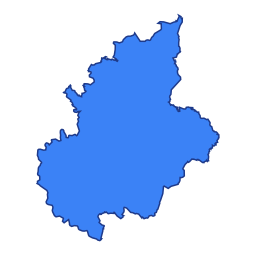 Unión de Tula, Jalisco, Mexico (Albers equal-area conic projection)
{"feature_id": "50627088B89415204754484", "entity_name": "Unión de Tula", "entity_type": "district", "adm_level": 2, "iso_a3": "MEX", "parent_name": "Mexico", "parent_adm1": "Jalisco", "projection": "albers", "projection_center": [-104.245, 20.004], "detail": "fine", "context": "isolated", "style": "filled", "palette": "blue", "viewbox_px": 256, "rotation_deg": 0, "n_neighbors": 0, "source": "geoboundaries", "source_scale": "gbopen_adm2", "svg_char_len": 5761}
<svg xmlns="http://www.w3.org/2000/svg" viewBox="0 0 256 256"><path d="M99.8,240.6L101.0,239.7L101.6,238.8L100.9,238.8L101.2,237.2L102.7,231.4L103.0,228.8L103.6,228.8L103.5,227.2L104.1,226.5L104.1,225.6L102.0,225.0L99.1,222.5L100.0,220.8L97.9,216.7L98.4,215.2L99.8,213.8L100.1,213.7L100.7,214.4L101.4,214.3L102.1,213.4L104.0,212.9L104.6,212.0L105.3,212.5L106.2,212.0L108.2,213.7L110.6,213.2L114.0,213.4L114.0,212.4L114.4,212.4L117.1,216.0L120.8,218.6L123.0,217.0L123.0,215.7L123.5,215.6L122.0,214.6L123.9,211.9L124.1,210.0L123.7,208.8L124.1,207.4L124.7,207.4L126.7,208.1L130.7,212.4L132.8,212.7L135.3,213.9L136.5,213.5L138.7,214.1L141.8,217.9L142.1,217.2L142.6,217.1L144.0,218.7L146.3,217.9L147.4,218.1L148.0,217.8L149.3,215.8L151.6,215.4L152.5,216.0L153.3,216.1L154.6,215.6L155.0,215.0L154.6,213.9L154.8,213.1L156.3,212.4L157.2,209.6L157.8,209.3L159.8,203.2L159.6,202.2L160.5,200.4L162.8,193.6L163.5,186.5L164.2,186.1L168.2,188.4L171.1,186.3L178.1,184.3L178.2,183.3L179.0,182.7L179.9,180.7L180.1,177.5L181.5,177.6L182.9,177.1L184.3,175.9L184.2,170.4L183.1,169.3L182.9,168.6L184.4,165.7L185.2,164.3L187.4,162.2L187.6,161.6L188.4,162.3L189.5,161.7L192.0,159.0L193.1,159.4L193.6,159.1L196.9,160.3L197.2,159.5L198.2,159.5L198.6,160.1L199.2,160.0L202.5,162.5L204.0,162.6L204.2,161.8L206.4,160.9L206.5,160.4L207.3,161.5L207.9,160.9L208.6,160.7L208.1,159.1L208.5,158.3L208.6,156.3L208.0,154.3L208.7,153.7L209.0,151.7L209.6,151.3L209.3,149.4L210.1,148.7L210.9,149.2L210.9,148.3L211.8,148.3L212.4,147.9L212.2,147.1L212.6,146.5L212.5,145.3L213.4,145.9L214.4,145.8L215.3,144.9L215.2,144.1L216.0,144.6L216.0,142.7L217.6,142.3L217.0,140.5L218.3,138.9L218.4,138.0L218.9,137.8L218.8,134.8L217.2,134.4L217.8,133.5L216.4,132.0L214.3,131.7L214.1,131.2L213.9,131.3L212.8,130.4L211.7,126.6L210.4,125.9L209.8,124.7L210.1,122.9L209.7,122.0L207.9,119.2L206.7,119.6L204.0,118.2L201.7,118.4L200.6,118.0L200.2,117.2L200.1,115.7L198.9,113.7L198.6,112.1L197.3,112.3L196.5,111.3L194.9,111.0L194.5,110.8L195.0,110.2L193.2,109.2L192.7,109.2L192.4,109.6L191.5,109.4L190.8,108.0L193.4,107.7L188.8,107.4L188.6,107.1L187.0,107.2L186.2,107.4L185.9,108.6L185.3,109.0L183.5,108.9L179.5,107.3L179.7,111.3L178.7,111.4L178.7,111.1L178.1,111.1L178.0,109.6L177.1,109.7L176.7,108.3L177.5,108.4L177.8,107.8L177.5,107.3L175.9,107.3L175.9,106.9L174.3,106.5L174.4,106.2L173.4,105.1L173.6,104.5L172.8,105.3L171.5,104.7L170.7,105.2L169.3,102.6L168.6,102.1L169.7,101.5L170.0,101.0L169.8,100.1L170.5,99.4L169.6,97.2L169.8,95.9L170.9,94.4L171.3,89.8L180.7,79.5L180.5,77.1L178.3,74.8L177.7,73.6L177.4,71.9L177.5,70.4L178.1,69.4L177.8,67.8L176.2,66.0L176.3,65.4L175.1,63.5L174.6,63.5L175.2,61.8L175.7,61.9L175.7,61.2L174.7,61.0L175.0,60.2L174.0,60.3L173.0,58.0L176.4,57.1L177.4,53.9L177.8,54.0L178.6,53.0L180.0,52.2L180.4,51.4L179.9,51.2L180.0,48.2L179.3,46.5L178.7,46.2L178.7,42.4L179.1,39.4L178.6,38.0L178.6,37.1L179.0,36.7L177.5,33.5L180.1,25.5L182.2,22.1L182.3,18.3L181.5,18.6L180.9,17.2L181.0,16.6L178.8,15.4L179.2,16.2L179.1,16.7L177.1,20.9L176.5,20.8L176.9,21.3L176.6,21.5L173.6,22.2L170.2,23.7L163.7,21.9L160.0,21.7L158.0,23.3L161.2,23.8L161.4,28.9L160.7,29.9L154.7,33.5L153.0,36.3L151.7,37.4L150.4,40.1L149.5,40.4L147.9,39.9L146.2,40.2L145.1,41.3L140.2,41.3L134.7,33.0L134.2,34.4L133.5,35.1L130.5,36.2L128.1,36.2L126.2,36.9L123.4,39.6L122.6,41.5L122.0,42.0L119.3,42.9L116.8,42.0L113.9,41.9L113.6,42.2L113.4,43.3L115.3,45.2L115.2,49.6L114.3,55.2L113.1,57.0L116.1,58.9L116.6,59.9L117.7,60.4L117.5,61.0L117.1,60.6L116.6,61.0L114.9,59.8L114.2,60.3L112.1,59.1L111.4,59.9L108.8,59.1L107.8,59.7L107.3,59.4L107.7,57.8L106.6,59.5L104.6,58.4L106.2,56.8L105.5,56.6L103.1,58.2L101.7,58.0L101.6,59.1L101.9,59.4L100.9,61.2L101.4,61.6L100.6,62.5L95.5,63.7L94.5,64.8L92.6,65.1L91.4,64.5L88.6,68.9L88.8,70.3L88.2,70.5L88.7,71.1L88.6,71.6L90.8,71.8L91.1,72.5L91.0,73.3L89.3,75.1L89.5,76.8L93.1,78.2L94.1,80.0L94.2,81.9L90.5,84.8L87.9,83.9L84.5,83.7L84.0,84.0L84.3,84.7L83.1,85.4L83.8,86.3L84.4,86.5L83.8,87.0L84.4,88.4L84.6,90.2L85.6,90.7L85.9,91.5L83.7,93.1L82.0,93.4L82.2,94.1L81.5,95.7L81.6,96.7L80.3,96.4L79.4,95.4L79.1,95.8L78.3,95.8L77.8,95.2L77.9,94.9L77.2,94.7L76.9,93.7L75.0,91.9L75.0,91.1L74.0,90.4L72.3,90.4L70.6,87.3L70.8,85.7L70.3,85.1L69.6,86.1L68.8,86.5L68.8,87.7L66.7,88.6L66.2,89.2L64.9,92.2L64.1,92.1L63.6,92.5L64.1,92.9L65.9,93.1L67.0,94.1L66.5,96.5L66.9,97.1L70.8,99.9L71.0,100.5L70.5,101.2L72.1,102.4L72.6,103.5L72.5,104.0L72.9,104.6L72.2,104.8L73.3,106.3L74.2,106.5L76.5,108.6L76.6,109.4L76.2,109.9L74.8,109.4L73.8,109.8L73.7,111.1L74.5,112.0L76.4,112.4L77.6,112.0L77.7,111.5L80.2,111.3L78.7,112.9L77.8,115.4L79.1,117.5L77.8,119.0L78.5,121.3L77.2,124.2L79.4,131.0L77.1,135.4L76.6,135.7L75.3,134.5L74.6,134.5L72.2,135.6L69.2,135.3L68.8,135.6L68.4,137.3L68.0,137.8L66.2,137.4L66.0,135.4L63.9,131.8L63.8,130.7L63.1,129.7L61.8,129.4L60.9,130.0L60.4,130.8L60.3,132.7L60.6,135.1L60.4,137.7L60.9,140.5L59.0,141.1L55.6,139.1L51.6,139.7L51.4,140.1L52.0,142.1L49.2,144.9L48.5,143.6L46.7,142.9L45.9,143.3L45.2,144.2L45.0,145.1L45.4,146.2L46.2,147.1L45.7,149.9L43.7,150.2L40.2,149.2L38.5,149.4L37.9,150.0L37.4,155.3L38.4,157.6L38.6,159.3L41.4,162.1L41.6,162.8L40.5,164.1L40.2,165.5L39.2,166.4L38.4,167.9L38.1,171.7L37.6,173.8L37.8,174.8L39.5,176.0L39.7,176.6L39.8,179.8L37.5,181.3L37.5,183.1L37.1,183.5L39.4,184.8L40.3,185.8L47.0,190.5L47.9,192.8L47.4,194.2L47.8,198.2L46.1,201.9L46.6,203.5L48.2,204.5L52.1,205.3L52.8,206.7L52.9,207.8L52.3,210.3L52.6,211.8L54.5,215.7L56.0,216.8L59.6,216.1L63.3,218.2L63.4,218.5L62.5,221.3L64.1,222.8L68.6,219.6L69.5,223.3L69.4,224.1L70.0,225.5L71.7,226.4L74.4,225.6L77.2,225.9L77.8,226.5L78.6,229.1L79.4,229.8L82.2,230.9L84.1,231.1L86.9,230.6L87.5,231.4L88.5,235.0L89.2,236.2L92.4,237.8L96.6,239.0L97.7,240.0L99.8,240.6Z" fill="#3b82f6" stroke="#1e3a8a" stroke-width="1.5"/></svg>